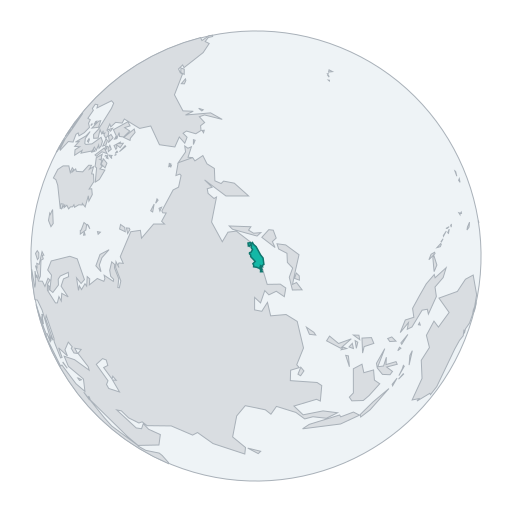 Primor'ye on an orthographic globe, rotated 292°
{"feature_id": "RUS-2611", "entity_name": "Primor'ye", "entity_type": "Territory", "adm_level": 1, "iso_a3": "RUS", "parent_name": "Russia", "parent_adm1": "", "projection": "orthographic", "projection_center": [134.86, 45.37], "detail": "coarse", "context": "on_globe", "style": "filled", "palette": "teal", "viewbox_px": 512, "rotation_deg": 292, "n_neighbors": 0, "source": "natural_earth", "source_scale": "10m", "svg_char_len": 12295}
<svg xmlns="http://www.w3.org/2000/svg" viewBox="0 0 512 512"><g transform="rotate(292 256 256)"><circle cx="256" cy="256" r="225" fill="#eef3f6" stroke="#a8b0b8"/><path d="M409.4,408.5L409.3,409.2L409.1,409.5L409.4,408.5ZM437.7,122.8L435.5,125.2L442.6,129.8L444.4,133.0L443.3,133.6L440.7,129.9L435.8,128.5L435.5,133.0L424.8,130.8L403.7,118.7L405.7,116.4L400.4,114.1L397.6,117.1L397.0,119.7L374.9,120.0L363.2,133.9L366.7,143.6L360.3,137.8L371.7,160.3L370.0,173.5L367.5,155.4L363.9,151.3L360.5,158.4L356.1,155.8L351.8,158.0L346.8,154.4L345.8,144.7L342.5,142.4L340.3,147.6L333.9,147.7L337.6,140.3L326.7,139.9L323.0,124.8L337.1,109.7L330.7,100.3L333.7,82.6L329.1,82.1L327.3,75.8L321.3,73.0L323.6,71.0L316.8,70.7L315.9,73.1L312.6,73.8L309.0,72.6L311.3,69.6L313.4,69.8L312.2,68.3L314.9,67.5L311.5,67.2L314.7,64.1L306.2,65.4L304.3,61.4L307.8,59.9L314.4,62.4L338.8,66.7L344.4,66.8L345.8,63.9L333.7,53.1L337.0,52.6L336.5,50.1L331.5,49.0L330.1,50.6L320.7,48.5L320.2,51.3L316.3,51.0L312.9,53.4L306.0,50.6L301.1,46.9L303.5,45.0L301.4,43.5L293.1,43.7L291.8,39.1L280.8,34.9L281.3,34.3L293.0,35.2L308.3,38.8L323.5,42.0L306.1,37.7L307.6,37.1L304.7,36.3L300.2,35.3L296.7,34.8L295.7,34.4L312.4,37.9L313.7,38.3L308.3,37.1L315.5,39.0L326.8,42.2L326.7,42.1L343.0,48.2L358.8,55.6L374.0,64.1L388.5,73.8L402.2,84.6L415.0,96.4L426.9,109.2L437.7,122.8ZM455.6,257.9L453.7,254.4L456.0,254.0L455.6,257.9ZM451.7,254.0L452.5,254.8L451.7,254.5L451.7,254.0ZM450.6,255.0L451.4,254.3L450.6,255.5L450.6,255.0ZM449.2,256.8L449.9,255.6L449.9,255.9L449.2,256.8ZM446.5,258.3L445.7,258.5L446.2,257.1L446.5,258.3ZM397.5,121.4L398.0,117.5L402.2,116.0L402.3,119.5L397.5,121.4ZM388.8,125.1L387.8,122.2L393.8,124.2L392.5,125.2L388.8,125.1ZM370.2,151.4L371.5,147.5L371.8,152.3L370.2,151.4ZM352.2,158.9L353.2,160.9L350.6,161.2L352.2,158.9ZM317.0,54.8L315.0,54.1L316.7,54.0L317.0,54.8ZM317.4,56.6L320.7,57.0L321.4,57.9L319.3,57.7L317.4,56.6ZM340.5,156.2L335.9,156.2L340.4,154.4L340.5,156.2ZM313.1,55.9L322.1,59.6L323.3,61.3L316.4,61.8L313.1,55.9ZM333.1,155.2L322.1,156.0L323.5,160.4L313.3,148.9L326.1,151.7L331.3,148.7L330.4,152.5L333.1,155.2ZM317.2,74.4L318.0,71.8L320.7,75.2L317.2,74.4ZM319.7,76.5L332.5,86.9L329.5,90.5L325.8,86.1L324.6,92.1L316.8,88.7L315.7,84.7L319.2,82.9L313.6,83.0L319.7,76.5ZM309.4,142.6L306.6,141.6L309.4,140.9L309.4,142.6ZM311.5,74.4L314.4,76.0L312.0,79.2L305.8,76.6L308.6,76.4L311.5,74.4ZM328.1,95.5L325.2,97.6L318.1,95.4L316.0,95.9L316.4,89.0L328.1,95.5ZM307.3,75.0L302.7,75.2L300.6,72.7L308.6,73.1L307.3,75.0ZM314.0,81.3L312.5,82.7L311.3,81.0L314.0,81.3ZM290.4,64.3L293.9,65.8L292.9,67.5L290.4,64.3ZM301.2,75.5L301.9,76.4L302.0,77.3L298.6,77.0L301.2,75.5ZM311.3,88.0L309.0,86.7L310.8,90.7L305.6,89.5L306.8,85.1L304.0,86.5L302.4,86.1L305.2,83.0L311.3,88.0ZM295.2,79.6L294.9,74.1L288.7,70.6L289.4,68.9L299.3,74.8L295.2,79.6ZM300.8,81.8L297.5,80.0L300.1,78.6L303.9,79.0L300.8,81.8ZM301.6,90.3L309.3,93.3L308.8,94.2L301.6,90.3ZM292.9,78.8L293.0,80.2L292.2,78.7L292.9,78.8ZM298.4,87.0L301.2,87.8L300.5,88.8L298.4,87.0ZM290.9,82.3L290.9,80.4L293.4,80.6L290.9,82.3ZM293.9,84.6L292.3,85.8L294.4,81.8L295.3,84.9L293.9,84.6ZM297.3,87.7L297.8,88.6L296.2,87.2L297.3,87.7ZM281.2,83.0L283.2,78.0L288.9,78.2L286.2,83.0L281.2,83.0ZM128.6,70.2L109.9,86.2L106.2,89.7L101.7,92.5L80.8,116.0L82.2,116.9L70.1,137.0L66.4,148.1L77.3,142.1L83.4,123.4L91.2,115.7L91.9,126.6L87.6,144.1L90.6,141.8L99.0,127.5L103.9,128.9L102.6,122.6L98.8,127.1L97.9,123.5L101.3,119.2L102.9,119.7L105.8,114.2L97.5,114.0L92.7,118.6L96.9,107.4L89.3,114.2L88.3,113.0L100.8,101.1L104.0,99.5L122.2,83.8L119.2,84.4L101.8,99.5L104.6,96.1L100.3,97.8L105.8,93.8L125.7,78.0L133.2,69.9L132.8,67.4L135.4,65.7L152.2,56.1L159.8,52.9L144.0,62.7L147.4,62.0L159.3,56.7L153.5,60.4L156.4,59.7L151.3,63.8L152.6,67.4L148.7,71.7L157.4,71.5L156.6,74.0L151.7,73.2L146.1,75.4L137.4,87.6L138.1,89.4L144.5,88.5L141.3,92.3L148.6,89.9L147.7,97.2L155.0,86.6L162.7,86.1L166.6,90.0L170.5,88.1L164.1,82.0L160.4,81.3L155.1,83.7L146.1,81.3L147.3,77.6L161.7,73.5L165.0,68.1L174.7,68.0L186.0,83.5L186.4,91.3L169.8,105.8L165.0,104.1L168.5,97.8L157.6,104.3L162.2,103.4L159.5,106.8L166.2,107.8L164.6,110.3L173.7,107.2L172.5,110.4L166.8,112.3L175.7,117.3L175.5,124.4L178.3,124.4L181.3,122.4L179.0,133.2L181.1,132.7L182.7,128.9L188.0,125.7L196.5,124.4L195.2,128.2L192.0,129.2L183.4,137.3L175.0,139.7L175.3,141.2L182.3,140.0L192.9,130.1L198.3,128.3L193.9,133.3L196.0,131.3L198.3,131.6L199.4,135.7L204.5,130.4L231.6,130.8L236.5,139.2L229.6,143.2L247.3,149.1L251.4,159.2L252.8,155.5L262.2,156.6L261.1,153.4L262.5,151.8L286.2,154.4L290.8,158.4L302.6,156.4L303.4,154.7L300.6,151.6L313.3,148.9L323.5,160.4L321.3,163.7L329.2,169.1L323.1,176.0L321.6,184.6L310.3,189.7L310.1,196.5L313.3,197.9L315.4,208.6L308.9,226.6L300.4,205.6L307.3,179.8L303.3,189.5L300.1,185.6L296.1,188.1L293.6,195.5L295.9,197.3L270.8,202.1L256.6,219.4L267.6,221.1L271.7,228.4L265.1,252.1L233.9,277.0L239.0,289.1L237.5,295.6L228.9,297.5L230.9,288.0L224.8,282.5L227.2,277.1L214.2,277.8L217.1,270.2L205.5,274.9L206.9,282.1L217.3,284.0L206.0,292.0L213.0,305.8L210.8,318.7L188.5,334.5L170.4,334.5L168.7,337.9L163.1,330.9L153.3,334.5L161.6,360.0L160.5,365.5L145.6,370.0L145.8,365.8L131.1,347.4L126.4,359.2L137.5,376.2L141.2,390.3L131.9,382.0L128.3,369.0L123.2,362.2L125.9,351.6L124.2,331.3L114.9,329.1L116.9,322.3L113.2,302.1L100.5,298.0L79.5,302.1L74.5,318.0L68.2,319.8L66.0,286.4L70.4,267.9L66.2,264.3L66.7,241.1L57.9,218.6L59.6,212.6L57.3,210.0L58.2,198.5L62.0,189.2L61.1,184.5L51.7,209.3L53.0,214.6L58.3,214.3L55.1,221.4L54.6,234.2L44.4,236.8L36.2,217.6L40.5,204.4L60.4,156.4L62.6,154.4L62.9,154.0L63.4,153.2L60.1,155.6L65.2,147.3L49.2,176.0L44.3,186.0L36.0,217.8L35.6,217.9L34.5,226.6L37.0,240.1L35.9,243.8L31.6,252.4L30.7,252.7L31.6,236.2L33.7,219.8L36.9,203.5L41.4,187.6L47.0,172.0L53.7,156.9L61.5,142.3L70.4,128.4L80.2,115.1L91.0,102.6L102.7,90.9L115.3,80.1L128.6,70.2ZM78.0,169.1L78.8,180.4L87.3,169.4L88.4,173.0L90.9,168.2L88.0,168.6L95.5,156.5L99.0,159.6L103.5,156.1L103.4,152.2L95.7,148.5L84.9,165.5L80.9,165.5L78.0,169.1ZM306.6,36.9L305.2,36.6L301.1,35.6L303.7,36.1L306.6,36.9ZM278.4,32.4L277.3,31.9L280.0,32.4L283.4,32.6L293.3,34.4L282.0,34.1L285.4,33.8L278.4,32.4ZM303.3,37.3L298.3,35.8L304.2,37.5L303.3,37.3ZM177.5,53.5L172.9,55.3L170.8,54.7L175.8,50.6L179.0,51.2L177.5,53.5ZM167.0,58.1L179.9,56.0L177.3,59.0L176.6,57.6L173.6,59.8L171.6,58.2L156.5,63.6L153.7,63.6L164.5,55.1L162.5,57.7L167.1,55.5L167.0,58.1ZM217.4,49.7L222.9,50.0L210.1,55.8L206.4,54.9L211.2,50.3L218.4,48.7L217.4,49.7ZM299.3,56.6L302.3,57.2L301.6,57.9L298.6,58.0L299.3,56.6ZM292.1,64.8L285.8,55.2L288.8,55.2L281.5,50.1L286.7,48.4L291.3,51.7L289.7,46.8L296.0,49.1L294.0,45.9L303.7,53.4L309.3,55.6L301.1,53.7L296.2,55.1L295.7,56.4L298.5,61.9L308.0,67.9L304.7,70.7L299.8,71.1L297.0,70.1L300.0,68.5L294.1,68.3L296.4,65.3L292.1,64.8ZM244.3,80.5L249.0,78.0L237.5,79.2L239.7,75.3L238.2,75.7L237.1,72.5L233.2,69.5L235.3,68.0L232.9,67.5L232.1,65.6L229.5,64.6L232.2,61.6L229.2,60.1L232.2,59.6L226.4,57.9L231.9,57.9L231.5,55.7L226.3,56.9L247.3,45.7L251.8,41.9L252.5,38.9L262.0,39.8L267.3,43.4L269.4,48.7L263.7,52.6L269.0,52.6L267.9,54.5L264.2,53.7L269.2,56.2L267.2,57.7L269.1,63.8L277.5,66.9L278.4,69.5L274.1,69.0L278.0,71.9L270.6,72.8L271.0,74.7L264.2,77.8L255.6,76.2L256.8,78.5L251.6,81.2L244.3,80.5ZM279.0,83.7L268.3,82.1L264.3,79.3L278.0,75.2L278.6,73.3L287.2,71.1L292.8,75.3L289.9,75.5L288.3,76.7L287.1,74.9L286.9,77.3L282.7,77.7L281.4,79.8L278.3,78.6L279.0,83.7ZM106.2,90.9L104.1,93.2L101.7,96.4L99.0,97.7L106.2,90.9ZM119.6,79.9L118.3,81.4L113.3,84.4L115.5,82.2L119.6,79.9ZM121.8,80.0L118.6,81.3L121.6,79.3L121.8,80.0ZM150.9,74.8L150.0,76.6L148.3,77.2L146.8,76.7L150.9,74.8ZM210.5,84.9L213.9,83.5L214.6,84.2L222.6,84.0L221.6,87.2L216.4,88.5L210.5,84.9ZM75.9,140.5L74.5,139.0L76.1,136.4L76.3,137.4L75.9,140.5ZM85.4,116.6L81.2,123.1L84.7,117.0L85.4,116.6ZM210.7,88.3L214.1,87.7L211.5,89.7L210.7,88.3ZM221.3,89.5L218.9,91.8L222.4,87.5L221.3,89.5ZM195.2,434.3L202.0,436.6L201.8,437.1L195.2,434.3ZM188.0,430.3L195.6,432.5L186.8,431.3L188.0,430.3ZM198.6,433.3L206.4,433.9L209.8,433.6L209.3,434.8L198.6,433.3ZM182.9,428.9L156.1,419.4L145.9,413.4L148.0,412.0L164.6,419.2L182.9,428.9ZM147.2,411.6L131.9,397.3L113.2,363.9L119.8,368.4L139.9,393.1L138.6,394.8L147.8,404.8L147.2,411.6ZM185.3,412.3L183.9,418.6L168.9,413.1L162.2,409.6L157.6,399.1L160.1,395.4L165.5,397.6L187.9,388.5L195.4,394.8L188.2,399.7L194.4,407.7L185.3,412.3ZM74.8,320.3L76.7,333.5L73.6,332.1L74.8,320.3ZM198.0,379.1L188.3,384.1L197.5,376.4L198.0,379.1ZM204.2,370.8L204.2,374.8L201.0,370.1L204.2,370.8ZM167.4,343.5L161.7,342.2L162.1,339.2L169.7,339.2L167.4,343.5ZM208.9,329.4L206.9,338.3L205.1,341.0L203.4,334.9L208.9,329.4ZM206.8,117.4L196.8,113.8L188.9,114.1L183.4,118.2L186.9,111.2L199.0,110.8L206.8,117.4ZM228.7,128.6L233.5,125.4L234.3,128.1L233.3,129.2L228.7,128.6ZM229.5,125.7L229.9,119.4L234.5,118.6L233.3,123.6L229.5,125.7ZM219.8,102.8L217.0,101.5L219.2,99.9L219.8,102.8ZM287.7,479.0L285.3,478.9L295.6,477.5L293.1,478.2L287.7,479.0ZM370.7,449.9L370.7,449.5L372.3,448.9L370.7,449.9ZM244.2,475.1L202.6,472.5L192.8,469.7L193.8,468.6L181.8,459.6L184.9,460.6L181.0,454.7L204.7,455.8L221.2,448.3L236.1,451.1L246.3,443.7L262.3,445.4L258.4,451.8L276.0,456.2L285.5,441.4L298.6,456.0L312.9,458.9L319.7,464.5L302.7,475.1L290.8,477.7L287.4,477.7L282.7,478.7L273.9,479.1L266.9,477.5L262.3,478.2L265.7,476.4L259.6,478.0L254.1,476.3L244.2,475.1ZM359.1,441.9L362.0,441.2L367.4,441.3L362.6,442.7L359.1,441.9ZM402.1,415.5L403.9,415.5L400.7,417.6L402.1,415.5ZM409.1,409.5L405.2,412.3L409.4,408.5L409.1,409.5ZM372.0,429.6L373.6,429.8L372.5,430.6L372.0,429.6ZM370.7,429.7L372.1,427.8L372.2,429.2L370.7,429.7ZM355.9,426.2L357.5,424.9L358.3,425.4L355.9,426.2ZM212.2,438.8L221.5,435.9L226.8,436.4L212.2,438.8ZM353.3,425.1L349.1,426.0L349.4,425.0L353.3,425.1ZM353.3,423.0L352.7,421.8L355.6,424.1L353.3,423.0ZM345.1,422.0L350.4,423.1L344.5,422.4L345.1,422.0ZM342.1,423.0L338.5,422.6L338.7,422.2L342.1,423.0ZM302.9,430.2L316.4,436.7L306.1,437.6L294.3,433.6L286.0,438.4L266.7,437.6L270.8,434.8L268.0,430.3L248.6,427.2L244.7,423.7L251.4,422.3L239.0,418.4L252.6,418.4L258.3,425.3L266.1,420.8L280.1,422.4L294.0,424.3L305.6,428.2L302.9,430.2ZM253.1,432.3L255.5,432.5L253.5,434.2L253.1,432.3ZM331.5,420.6L336.8,422.6L336.2,423.4L333.7,423.4L331.5,420.6ZM308.2,427.0L320.5,420.7L323.5,420.4L315.4,427.1L308.2,427.0ZM317.3,417.7L323.2,417.7L326.4,420.2L325.3,421.1L317.3,417.7ZM225.2,423.2L224.8,424.9L221.3,422.9L225.2,423.2ZM229.7,422.9L240.2,426.2L228.7,424.2L229.7,422.9ZM198.9,410.4L201.8,415.5L211.0,414.8L204.0,417.2L210.5,425.4L208.5,427.5L202.0,418.7L200.1,425.8L196.1,424.7L193.6,417.6L197.6,410.4L201.6,407.9L218.4,410.1L198.9,410.4ZM229.5,417.7L226.8,412.1L228.8,409.0L231.8,412.2L229.5,417.7ZM219.1,398.0L212.5,390.2L205.9,391.2L219.6,385.0L223.6,393.6L219.1,398.0ZM214.2,382.7L208.0,383.6L214.7,379.6L214.2,382.7ZM206.7,381.0L206.5,376.3L211.1,378.0L206.7,381.0ZM217.3,383.5L219.2,375.9L221.1,381.1L217.3,383.5ZM205.8,365.3L214.9,375.4L202.2,369.0L203.8,353.2L209.3,354.2L205.8,365.3ZM249.9,305.3L249.7,300.1L255.3,299.8L253.8,303.5L249.9,305.3ZM273.3,295.4L256.7,298.1L243.4,300.5L246.6,303.5L241.9,311.4L238.1,302.5L248.8,294.8L258.6,294.5L261.8,287.5L270.1,283.7L271.0,274.4L275.2,270.9L277.4,279.4L273.3,295.4ZM271.0,270.5L275.5,254.4L285.2,258.0L286.4,262.3L280.2,268.0L275.5,265.8L271.0,270.5ZM279.5,251.7L274.9,249.5L272.0,224.2L273.8,219.9L281.2,240.3L277.2,239.4L276.2,245.2L279.5,251.7ZM306.6,143.7L306.6,141.8L308.4,143.6L306.6,143.7ZM261.6,150.1L263.9,148.2L265.9,150.2L261.6,150.1ZM271.1,144.3L267.3,143.2L271.9,142.8L271.1,144.3ZM258.5,141.4L266.0,142.1L258.1,143.7L258.5,141.4Z" fill="#d9dde1" stroke="#a8b0b8" stroke-width="1"/><path d="M250.7,257.3L253.4,251.3L254.8,250.8L255.6,249.1L256.7,248.8L257.4,249.9L260.6,250.4L261.9,248.4L263.9,248.0L264.4,246.8L262.8,246.4L263.2,245.9L262.4,245.2L265.0,243.7L266.5,246.0L265.7,246.8L265.8,247.5L267.1,247.8L265.9,249.2L264.6,252.7L258.7,259.9L256.8,263.3L251.1,266.5L250.0,265.6L248.9,265.4L248.7,265.8L248.8,264.0L247.6,264.9L248.0,263.9L247.3,263.8L245.5,266.8L243.9,266.3L244.5,266.9L243.8,267.7L243.1,266.1L245.2,265.4L245.8,263.6L245.8,260.9L245.1,257.8L246.5,257.4L247.7,256.0L250.7,257.3ZM247.3,264.9L247.4,265.3L247.1,265.2L247.3,264.9ZM249.1,265.8L248.9,265.9L249.0,265.6L249.1,265.8Z" fill="#14b8a6" stroke="#0f766e" stroke-width="1.5"/></g></svg>